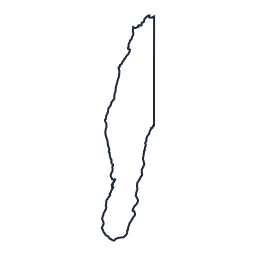 Rio Cuarto, Alajuela, Costa Rica
{"feature_id": "36466004B916692676755", "entity_name": "Rio Cuarto", "entity_type": "district", "adm_level": 2, "iso_a3": "CRI", "parent_name": "Costa Rica", "parent_adm1": "Alajuela", "projection": "equal_earth", "projection_center": [-84.219, 10.409], "detail": "fine", "context": "isolated", "style": "outline", "palette": "slate", "viewbox_px": 256, "rotation_deg": 0, "n_neighbors": 0, "source": "geoboundaries", "source_scale": "gbopen_adm2", "svg_char_len": 5792}
<svg xmlns="http://www.w3.org/2000/svg" viewBox="0 0 256 256"><path d="M154.1,16.4L152.4,17.2L152.1,17.6L149.6,17.6L149.2,17.4L149.0,17.1L149.0,16.5L149.1,16.0L149.4,15.5L149.4,15.4L148.1,15.7L146.8,16.6L145.7,17.7L145.6,18.0L145.2,18.2L145.0,18.4L144.9,18.5L144.4,19.3L144.2,20.4L144.1,21.2L143.7,22.1L143.2,22.4L142.6,22.3L142.2,22.3L141.7,23.0L141.6,23.7L141.6,25.0L141.3,25.5L140.1,25.5L139.3,25.2L138.6,25.3L138.2,25.6L138.1,26.4L138.3,26.9L135.4,28.0L134.7,28.0L134.0,27.6L133.2,27.0L132.9,29.2L132.9,31.5L133.2,32.6L133.3,34.4L132.8,35.7L132.1,36.9L131.8,37.7L131.8,38.2L131.5,39.1L131.0,39.7L130.2,40.4L130.2,40.6L129.8,41.1L129.7,41.8L129.7,42.3L128.9,43.4L128.6,44.2L128.6,46.9L128.4,47.1L128.3,47.5L127.9,47.9L127.9,48.4L128.2,49.0L128.9,49.3L129.6,49.3L129.9,49.6L129.9,50.6L129.4,51.8L129.4,52.1L128.6,53.7L127.6,54.9L127.2,55.3L126.2,56.3L125.4,57.8L125.2,58.4L124.5,58.8L124.0,59.4L123.7,60.5L123.1,61.0L122.9,61.6L122.1,62.7L121.9,63.3L121.8,63.6L121.6,64.0L121.2,64.4L120.9,64.4L120.4,64.6L120.0,65.0L119.8,66.5L119.3,67.6L119.1,67.6L118.7,67.4L118.5,68.1L118.6,68.6L119.2,70.2L119.4,71.2L119.4,72.2L119.2,73.4L119.1,76.3L118.9,77.0L118.4,78.0L118.2,78.6L116.0,86.5L115.9,86.6L115.9,86.9L115.8,87.1L115.8,87.9L115.7,88.4L115.7,90.2L115.5,90.9L115.5,91.1L115.4,91.3L115.4,91.5L115.1,92.7L114.7,93.5L114.4,94.5L114.3,98.8L114.0,99.3L113.7,99.7L113.1,100.1L112.7,100.9L112.4,101.1L112.1,101.5L111.9,101.5L111.7,101.8L111.5,102.2L111.5,102.5L111.4,102.6L111.4,102.9L111.2,103.3L111.1,104.0L110.8,104.7L110.7,105.4L110.5,105.7L110.2,106.0L109.6,106.7L109.4,107.1L109.0,107.4L108.4,108.4L108.4,108.9L108.3,109.1L108.3,109.4L108.2,109.5L108.2,110.0L108.1,111.2L108.0,112.0L107.9,112.5L107.4,113.2L107.1,114.2L106.5,115.1L106.1,116.3L106.1,117.8L106.0,118.6L105.7,119.2L105.4,119.4L104.9,119.7L104.9,120.5L105.0,121.1L105.3,121.5L105.8,122.6L106.4,123.6L106.4,127.3L105.8,128.9L105.7,129.9L105.6,130.1L105.5,130.6L105.4,130.8L105.4,133.9L105.6,134.4L105.6,134.9L105.8,135.6L105.9,136.1L106.1,136.6L106.2,137.1L106.3,137.2L107.6,141.5L107.6,141.8L107.7,142.2L107.7,144.4L108.7,147.5L109.0,148.0L109.3,149.2L109.3,150.6L108.8,151.4L108.8,152.1L109.3,152.7L109.7,153.0L109.7,154.8L109.7,155.3L110.1,156.5L110.1,156.8L110.4,157.8L110.7,158.8L110.9,158.9L110.9,159.1L111.2,159.5L111.4,159.6L111.5,159.8L111.6,160.6L111.3,161.3L111.3,162.2L111.7,163.1L111.9,163.9L112.1,164.1L112.8,164.4L113.0,164.5L113.1,165.5L113.0,165.9L112.6,166.2L112.3,166.7L112.4,167.5L112.6,168.8L112.6,169.3L112.5,169.7L112.5,171.0L111.1,173.7L110.9,174.0L110.9,174.8L110.7,175.5L110.7,176.1L110.9,176.8L111.3,177.2L111.7,178.0L112.0,179.0L112.5,179.5L113.4,179.7L114.2,179.6L114.4,179.5L114.6,179.2L115.2,179.3L115.2,179.5L115.0,180.0L114.5,180.7L114.2,181.8L113.9,181.9L113.6,182.1L113.4,182.5L113.1,182.6L112.8,182.8L112.8,183.5L113.0,183.9L112.9,184.4L112.6,184.4L112.2,184.2L111.8,184.5L111.8,185.4L112.1,186.1L112.3,186.5L112.9,186.6L113.1,186.8L113.2,187.2L113.2,187.6L113.1,187.8L112.7,187.8L112.5,187.6L112.2,187.6L112.2,188.8L112.0,189.7L111.4,190.4L111.1,190.9L111.0,191.5L110.7,192.6L109.6,193.8L109.6,194.2L110.2,195.1L110.1,195.4L108.9,196.9L108.5,197.3L108.0,198.2L107.7,198.9L106.8,199.7L106.4,200.3L106.4,201.0L106.1,201.7L106.3,204.2L105.8,205.2L105.8,206.1L106.3,207.1L106.3,207.4L106.0,208.9L105.8,209.5L105.3,209.8L104.9,211.3L104.3,212.3L103.8,212.7L103.5,213.8L103.5,214.2L103.1,215.8L102.8,216.0L102.6,216.8L102.5,217.4L102.3,217.7L102.2,218.8L102.2,219.4L102.5,219.8L102.9,221.1L103.4,222.0L103.6,223.2L103.6,223.8L103.5,224.4L102.9,225.1L102.7,226.4L101.9,227.4L101.9,228.3L102.2,228.9L102.8,229.6L103.0,229.9L103.3,231.2L103.8,232.4L104.0,232.7L104.8,233.4L105.2,234.5L106.0,235.4L108.0,236.2L108.7,237.3L109.1,237.7L109.7,238.6L110.3,238.9L111.1,239.0L111.4,239.5L112.1,240.0L114.0,240.6L114.6,240.2L115.0,239.5L115.6,239.0L116.2,238.8L117.3,238.2L120.7,237.5L123.1,237.4L123.5,237.1L123.8,237.0L124.5,236.4L124.6,236.2L124.8,236.2L125.3,235.8L125.8,235.1L126.4,234.6L127.0,233.2L127.2,232.3L127.2,230.9L127.2,230.4L127.6,230.3L127.8,229.9L128.0,229.2L128.1,228.8L128.1,227.3L128.3,226.8L128.8,225.9L129.1,225.1L129.3,224.0L129.4,223.7L129.5,223.6L129.8,222.9L130.3,222.4L130.5,221.9L131.5,220.4L132.0,219.2L132.3,219.0L133.2,217.2L133.5,216.9L134.2,216.2L134.7,215.6L134.9,214.8L135.1,214.2L134.7,212.8L134.4,211.7L133.9,211.1L133.5,210.9L132.7,210.9L132.7,210.4L133.0,209.2L133.9,207.0L134.3,206.4L134.9,205.7L135.1,205.7L135.7,205.0L135.8,205.0L135.9,204.9L136.7,203.9L137.0,203.1L137.4,202.6L137.6,202.2L137.8,201.8L137.9,201.4L138.0,200.3L137.8,199.4L137.3,198.7L136.0,196.2L136.0,195.8L135.8,195.6L135.8,195.1L136.1,194.3L136.1,193.1L136.5,192.3L136.7,190.9L136.9,190.3L137.3,189.5L137.4,189.1L137.4,188.1L137.0,187.1L137.1,184.0L137.4,182.7L138.7,180.7L139.0,179.9L139.9,178.7L140.1,178.1L140.7,176.9L141.0,176.7L141.4,175.9L142.0,175.5L142.0,175.3L142.0,175.0L142.2,174.5L142.0,174.2L142.0,173.4L141.7,172.3L141.8,171.0L141.7,170.5L141.7,169.9L142.1,168.8L142.6,168.0L142.8,167.5L143.0,167.0L143.6,166.1L144.3,164.0L144.0,163.1L143.8,162.5L143.8,161.6L143.4,160.6L143.2,159.7L143.0,159.3L143.0,158.2L143.2,157.4L143.2,156.7L143.7,155.1L143.7,154.4L143.5,153.8L144.0,153.0L144.1,152.7L144.0,152.2L144.0,151.5L144.1,150.8L144.2,150.6L144.7,150.4L144.7,149.7L144.8,149.5L144.9,148.1L145.0,147.7L145.1,146.8L145.2,146.6L145.7,146.1L145.7,144.0L145.3,143.6L145.2,143.2L145.2,142.8L145.9,141.7L146.6,140.1L146.3,139.2L146.3,138.5L146.7,138.0L146.9,137.1L147.4,136.3L147.7,135.6L147.9,135.3L148.4,134.9L148.6,134.4L149.3,133.4L149.5,132.6L149.5,132.1L149.6,131.6L149.8,131.1L150.1,130.7L150.6,130.0L151.0,128.2L151.2,127.9L151.8,128.1L152.3,127.9L152.7,127.2L153.0,126.0L153.2,125.6L153.4,125.4L154.0,125.5L154.0,59.6L154.1,16.4Z" fill="none" stroke="#1e293b" stroke-width="2"/></svg>